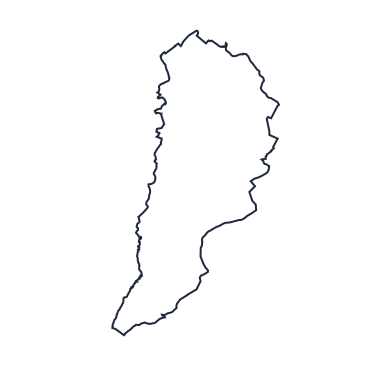 outline of Calinesti, Arges, Romania, rotated 196°
{"feature_id": "2599482B19078285057883", "entity_name": "Calinesti", "entity_type": "district", "adm_level": 2, "iso_a3": "ROU", "parent_name": "Romania", "parent_adm1": "Arges", "projection": "robinson", "projection_center": [25.03, 44.892], "detail": "fine", "context": "isolated", "style": "outline", "palette": "slate", "viewbox_px": 384, "rotation_deg": 196, "n_neighbors": 0, "source": "geoboundaries", "source_scale": "gbopen_adm2", "svg_char_len": 5974}
<svg xmlns="http://www.w3.org/2000/svg" viewBox="0 0 384 384"><g transform="rotate(196 192 192)"><path d="M200.5,344.5L200.1,341.8L200.5,340.5L201.6,340.7L201.7,340.3L202.0,340.0L202.3,339.9L203.2,340.2L203.4,339.8L204.2,339.4L206.3,339.8L207.6,340.2L208.6,340.9L209.6,341.1L214.7,342.9L215.3,342.7L216.3,341.9L217.9,342.2L219.3,339.3L219.5,338.7L230.6,343.6L229.9,345.1L230.0,346.7L230.9,348.1L231.5,348.4L232.4,348.0L237.7,342.2L239.3,339.5L241.8,334.2L242.9,329.2L246.1,330.9L248.6,327.8L248.3,327.6L255.8,317.8L257.1,318.7L258.6,316.6L258.9,315.8L259.1,314.1L259.6,314.2L259.4,313.2L257.8,310.9L253.7,307.5L252.8,307.3L252.3,306.6L252.0,305.5L251.1,303.9L249.4,301.8L247.8,299.7L247.1,298.3L246.3,297.4L246.1,296.1L245.0,295.3L245.1,292.9L245.4,292.3L246.0,291.7L247.8,290.4L248.6,289.4L251.6,287.0L252.8,284.9L252.8,283.8L251.9,282.3L251.6,280.8L251.7,279.0L252.7,278.1L249.1,276.8L249.5,275.9L250.3,275.0L251.0,273.7L250.8,272.8L249.6,272.8L249.4,273.2L246.8,274.7L246.2,274.4L245.1,274.2L243.7,273.3L243.0,272.4L242.6,271.5L242.0,271.4L241.6,270.2L241.9,268.9L243.1,269.0L243.5,267.9L244.6,266.4L244.8,264.1L245.0,263.4L245.9,263.1L247.8,262.2L248.6,261.4L248.6,261.0L250.1,259.8L249.1,258.5L248.2,257.7L247.5,258.3L246.2,258.8L244.1,258.7L242.9,259.0L242.8,258.6L243.1,258.0L237.4,249.5L238.4,247.0L238.6,245.6L239.7,244.6L241.9,243.7L243.0,243.0L243.2,242.5L243.1,241.9L242.7,241.4L242.9,241.0L242.8,240.1L242.1,240.1L241.4,239.7L239.7,239.9L239.4,239.5L239.8,238.9L239.9,237.5L240.4,236.4L241.1,235.4L239.9,235.3L239.9,235.6L238.0,235.0L235.8,235.0L235.5,232.7L235.7,231.2L235.1,230.3L235.0,229.5L235.8,228.1L236.8,225.0L237.3,224.2L238.1,220.2L238.6,218.8L238.2,217.4L237.2,216.5L236.6,215.5L236.0,214.2L235.5,213.5L235.7,212.8L236.2,212.5L236.2,211.8L236.5,211.5L236.0,210.7L233.6,209.6L233.6,207.8L232.8,205.7L232.8,204.4L233.4,203.0L233.3,202.2L233.9,200.5L233.8,198.8L232.6,197.9L231.2,196.0L231.0,195.2L230.7,191.8L231.1,190.8L233.0,188.8L233.6,188.3L235.8,187.5L235.5,185.7L234.1,184.3L233.2,182.8L232.3,180.8L232.1,178.9L232.2,178.2L232.2,177.1L231.7,173.7L231.9,172.8L232.6,171.0L233.0,169.5L232.7,167.6L230.4,165.9L230.4,164.9L230.8,163.7L233.3,158.6L236.7,153.1L236.0,152.6L234.8,150.1L234.4,149.7L234.2,149.0L234.3,148.3L235.5,146.8L235.8,146.1L235.7,143.8L235.6,143.2L235.3,142.9L234.1,142.5L233.4,140.7L234.1,139.4L234.6,137.7L234.5,137.2L232.2,135.9L231.4,135.1L229.5,134.3L228.8,134.7L228.1,133.8L228.3,133.3L228.9,133.6L229.7,133.1L229.4,132.8L228.7,132.6L228.8,132.3L229.4,131.8L229.7,131.0L229.2,130.1L229.3,129.4L228.3,129.3L228.2,128.4L227.7,127.6L227.7,126.9L228.1,126.2L227.9,125.6L228.9,124.9L228.7,124.5L228.1,124.0L227.3,123.8L227.5,122.9L227.5,122.4L227.2,122.2L228.1,121.6L228.1,121.3L227.1,120.4L227.7,118.9L227.2,117.1L227.2,115.2L226.0,113.7L225.3,111.2L224.4,110.0L223.9,108.9L223.0,108.3L222.8,107.5L222.3,107.0L222.2,105.6L221.5,103.1L218.7,101.0L217.8,99.3L217.8,98.9L218.1,98.1L217.4,98.0L217.2,98.1L217.0,97.7L217.5,97.2L218.1,97.1L218.1,96.7L218.3,96.6L218.0,96.4L218.3,96.0L218.1,95.7L218.4,95.5L218.8,95.5L219.2,94.8L219.1,94.6L218.6,94.7L218.5,94.3L219.3,93.8L219.2,93.2L219.9,92.9L220.3,92.4L220.6,91.5L220.5,91.3L220.7,91.2L220.4,90.9L220.8,90.9L221.3,90.6L220.9,90.2L221.8,89.3L221.6,88.6L222.0,88.4L222.3,87.1L222.5,86.9L222.8,86.0L222.3,85.1L222.4,84.9L222.9,84.9L223.5,84.3L223.5,84.2L223.1,84.2L223.0,83.7L223.4,83.7L223.6,83.4L224.1,83.5L224.1,82.9L224.3,82.5L224.1,82.5L224.1,81.8L224.5,81.5L224.4,79.6L225.0,77.8L225.6,74.6L225.6,73.7L226.3,72.7L228.1,72.0L228.5,71.2L228.5,70.7L228.0,68.8L227.7,67.0L227.8,66.1L228.2,64.9L228.2,63.9L228.7,62.1L229.1,61.1L229.0,60.1L229.8,58.3L230.0,57.7L230.4,54.9L230.3,53.8L230.6,53.3L230.2,50.7L230.6,49.2L231.1,48.3L231.3,47.3L231.5,45.3L231.3,44.9L231.5,44.3L231.7,43.0L231.5,41.3L231.1,41.2L230.9,40.2L231.1,39.8L231.1,39.4L227.8,39.2L217.8,35.6L217.3,36.6L217.4,37.1L217.1,37.8L215.0,40.8L213.6,42.3L213.2,43.0L213.2,43.3L212.6,44.1L211.5,46.2L210.2,47.4L209.7,48.4L209.3,48.9L206.5,49.4L205.8,49.8L204.6,51.6L203.5,52.1L201.7,53.4L201.4,53.5L199.5,53.2L197.3,53.5L196.3,53.5L192.0,55.7L191.2,56.3L190.7,57.3L189.8,58.5L188.8,60.1L187.5,61.6L184.4,63.7L183.4,64.1L183.6,64.3L186.6,65.3L187.0,65.7L184.2,66.3L181.6,69.0L180.8,69.2L177.9,71.2L176.1,74.6L175.0,75.8L175.1,76.8L175.5,77.6L175.7,80.4L173.6,85.6L168.1,91.6L168.2,91.8L160.8,99.6L159.2,108.6L161.0,112.0L160.2,114.2L157.4,116.5L154.7,119.5L154.9,120.9L158.9,123.7L161.5,126.5L166.0,132.3L168.2,140.7L167.7,143.5L168.4,146.5L168.4,147.2L168.9,147.7L169.3,148.7L169.3,150.6L168.6,152.3L167.6,153.7L166.3,157.1L165.1,158.9L164.0,159.7L160.8,163.2L158.8,165.2L157.9,165.9L156.6,166.7L153.1,170.3L151.9,171.2L150.4,172.0L148.1,172.8L145.7,174.0L142.4,176.1L138.8,178.2L137.7,178.4L136.2,179.4L135.0,180.5L133.9,182.1L133.3,182.5L132.6,184.0L128.9,187.8L125.3,192.3L127.3,197.5L131.7,200.3L136.9,207.9L133.0,214.9L138.5,218.5L135.7,222.0L132.0,224.4L129.1,227.0L125.6,230.7L124.9,232.0L124.4,234.5L125.0,238.2L126.3,238.4L127.5,239.1L129.9,239.0L130.3,239.2L131.1,239.8L131.5,240.7L132.1,241.5L134.1,242.4L133.7,242.7L132.9,243.0L132.0,243.1L131.4,242.9L131.8,243.2L131.8,243.6L130.4,244.1L130.6,244.4L130.4,245.4L130.9,246.1L131.0,246.5L130.3,247.3L130.4,248.7L130.2,249.3L129.5,249.8L128.8,250.5L128.4,251.4L127.0,252.9L127.4,253.6L126.3,254.9L125.6,256.5L125.4,256.7L126.4,257.6L124.4,266.9L133.3,268.2L134.7,272.4L139.8,281.9L140.3,283.1L139.9,283.7L139.5,285.1L136.3,284.7L133.5,298.4L132.4,299.8L134.5,301.9L141.8,304.0L144.2,303.8L145.9,304.5L147.0,305.5L147.5,306.4L151.4,308.0L153.2,309.2L154.5,310.9L154.3,317.0L153.8,317.8L153.5,318.7L154.4,320.6L155.5,321.7L158.7,322.8L160.0,324.4L160.5,326.7L163.4,327.8L169.1,332.2L171.9,333.9L175.1,337.7L178.0,339.5L181.1,338.9L181.1,338.3L183.4,337.7L184.9,336.8L185.7,336.0L187.2,335.0L188.6,334.3L190.1,333.9L191.5,334.2L194.2,336.0L198.4,337.7L199.1,339.4L199.1,343.0L199.6,344.0L200.1,344.4L200.5,344.5Z" fill="none" stroke="#1e293b" stroke-width="2"/></g></svg>